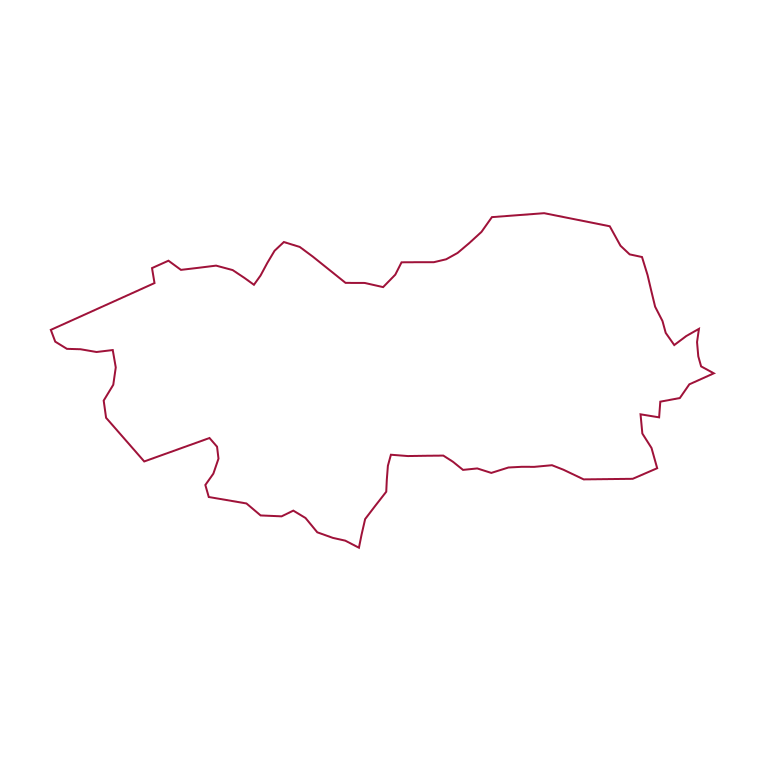 outline of Bom Princípio, Rio Grande do Sul, Brazil, rotated 87°
{"feature_id": "56859067B75170256943646", "entity_name": "Bom Princípio", "entity_type": "district", "adm_level": 2, "iso_a3": "BRA", "parent_name": "Brazil", "parent_adm1": "Rio Grande do Sul", "projection": "mercator", "projection_center": [-51.361, -29.474], "detail": "fine", "context": "isolated", "style": "outline", "palette": "rose", "viewbox_px": 768, "rotation_deg": 87, "n_neighbors": 0, "source": "geoboundaries", "source_scale": "gbopen_adm2", "svg_char_len": 1356}
<svg xmlns="http://www.w3.org/2000/svg" viewBox="0 0 768 768"><g transform="rotate(87 384 384)"><path d="M482.4,115.6L461.9,120.2L447.0,128.6L427.7,129.4L431.7,111.0L416.1,109.0L413.5,89.3L400.3,79.1L390.6,54.1L383.0,66.4L372.8,68.7L358.5,69.2L345.4,66.6L351.9,79.6L360.3,92.1L347.7,100.0L335.7,102.6L321.0,109.2L304.5,112.3L289.0,115.1L270.7,119.7L267.4,131.9L258.3,140.6L238.3,150.3L221.8,215.1L223.0,267.5L237.2,278.7L247.9,291.7L257.0,303.7L262.7,315.4L265.0,328.0L264.1,344.8L263.4,360.1L275.4,367.0L287.2,379.8L282.1,397.9L281.0,417.1L253.0,448.5L242.7,461.0L237.0,476.6L245.2,486.3L257.0,494.2L269.2,501.6L278.1,508.7L270.7,517.9L262.3,529.2L257.0,545.5L258.3,563.9L259.4,580.8L249.6,592.8L256.1,609.6L271.2,607.9L312.5,713.9L324.5,710.1L332.3,698.8L333.4,685.3L337.0,669.4L335.9,653.1L353.4,651.0L370.6,654.4L385.9,664.8L403.2,663.3L448.8,627.5L428.8,561.1L437.9,554.0L449.9,553.2L464.6,559.1L475.5,567.7L487.7,564.9L496.1,527.6L508.8,514.1L510.8,493.2L505.7,481.2L513.7,469.4L528.6,458.4L535.0,443.1L538.4,430.9L546.2,417.6L533.3,414.3L517.9,409.9L505.3,399.2L491.7,387.4L479.7,386.2L465.9,384.4L455.0,380.8L457.2,364.0L457.9,345.1L458.6,328.5L465.2,319.3L473.9,309.6L473.2,295.3L478.4,281.5L473.9,264.1L473.9,251.1L474.6,238.1L473.9,220.5L479.0,209.3L489.7,189.6L491.7,140.6L482.4,115.6Z" fill="none" stroke="#9f1239" stroke-width="2"/></g></svg>